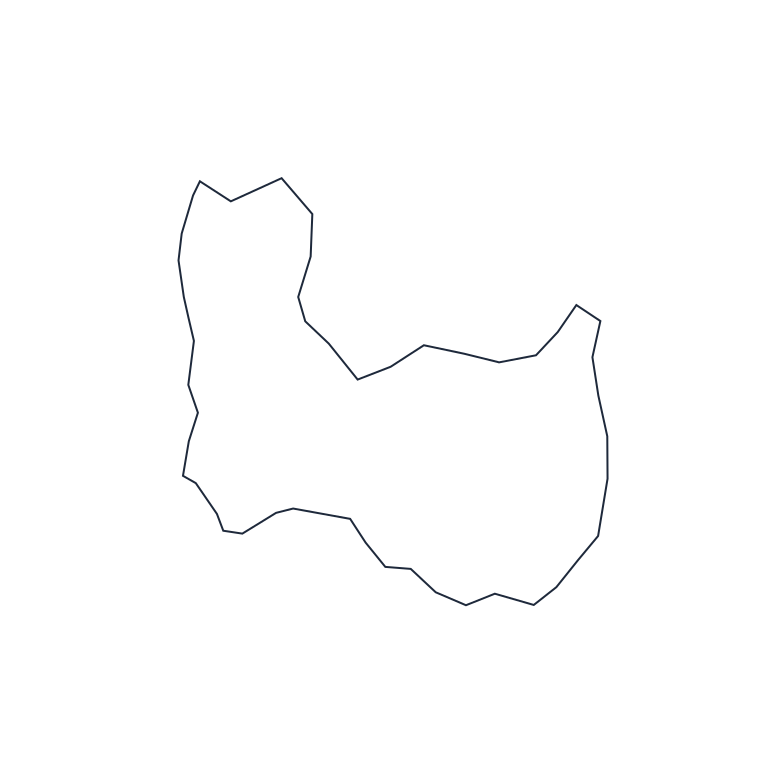 Kouka, Limassol, Cyprus (Mercator projection), rotated 242°
{"feature_id": "46923920B99652705680289", "entity_name": "Kouka", "entity_type": "district", "adm_level": 2, "iso_a3": "CYP", "parent_name": "Cyprus", "parent_adm1": "Limassol", "projection": "mercator", "projection_center": [32.894, 34.853], "detail": "fine", "context": "isolated", "style": "outline", "palette": "slate", "viewbox_px": 768, "rotation_deg": 242, "n_neighbors": 0, "source": "geoboundaries", "source_scale": "gbopen_adm2", "svg_char_len": 790}
<svg xmlns="http://www.w3.org/2000/svg" viewBox="0 0 768 768"><g transform="rotate(242 384 384)"><path d="M329.9,173.2L318.4,188.7L320.9,228.2L316.7,245.3L280.8,290.8L252.6,293.3L221.9,299.3L208.2,320.8L175.8,331.9L150.2,352.5L146.8,383.4L118.6,412.5L123.7,440.8L137.4,472.6L149.3,501.7L156.9,507.5L195.4,536.9L233.0,556.6L273.1,567.8L309.8,580.6L338.0,604.6L363.4,590.9L348.3,561.8L338.0,531.7L349.1,495.7L349.9,494.9L373.0,469.1L399.5,437.4L396.1,398.0L400.3,362.8L445.6,354.2L476.3,343.9L501.1,349.1L531.0,379.1L567.7,400.5L613.8,390.2L617.2,334.5L649.4,316.6L640.1,303.9L611.8,276.0L589.6,260.6L554.8,248.1L534.4,242.5L511.3,236.4L475.1,210.8L446.0,206.2L425.1,184.8L397.3,163.4L384.8,171.3L381.2,171.7L347.7,175.5L329.9,173.2Z" fill="none" stroke="#1e293b" stroke-width="2"/></g></svg>